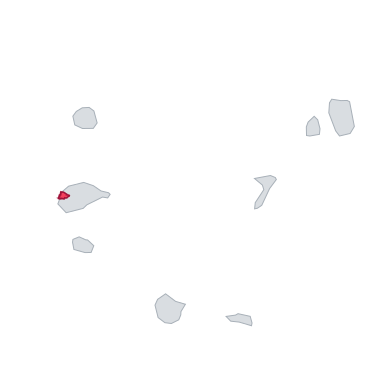 location of Santissimo Nome De Jesus, Ribeira Grande de Santiago, Cabo Verde, rotated 107°
{"feature_id": "66160863B56005242542710", "entity_name": "Santissimo Nome De Jesus", "entity_type": "district", "adm_level": 2, "iso_a3": "CPV", "parent_name": "Cabo Verde", "parent_adm1": "Ribeira Grande de Santiago", "projection": "robinson", "projection_center": [-23.597, 14.95], "detail": "fine", "context": "in_parent", "style": "filled", "palette": "rose", "viewbox_px": 384, "rotation_deg": 107, "n_neighbors": 0, "source": "geoboundaries", "source_scale": "gbopen_adm2", "svg_char_len": 3251}
<svg xmlns="http://www.w3.org/2000/svg" viewBox="0 0 384 384"><g transform="rotate(107 192 192)"><path d="M248.6,306.3L242.6,316.8L229.3,316.0L222.5,311.7L214.5,298.4L214.8,288.2L217.6,279.3L217.1,271.6L218.2,269.6L222.3,270.9L223.0,276.1L235.0,288.8L239.5,291.3L248.6,306.3ZM76.3,84.3L66.5,86.6L62.4,85.5L61.1,76.4L59.1,70.4L59.6,67.7L81.9,55.9L89.8,57.9L95.3,67.3L91.5,72.5L76.3,84.3ZM301.3,165.5L309.6,167.6L312.8,166.8L318.1,167.3L323.8,173.3L324.9,179.7L322.0,187.7L311.0,194.3L304.7,193.5L297.1,187.5L301.4,175.7L301.3,165.5ZM162.1,323.7L154.3,328.1L148.8,326.2L143.6,321.6L141.2,315.1L143.2,309.5L153.7,302.9L160.0,305.0L163.3,315.3L162.1,323.7ZM184.3,121.4L188.4,124.7L189.8,127.2L183.7,128.4L168.8,124.0L164.8,126.7L160.8,136.2L153.3,121.8L153.8,116.6L155.4,115.0L166.0,118.8L184.3,121.4ZM274.9,291.6L272.1,292.0L267.9,286.8L268.8,279.7L268.4,277.8L272.1,270.2L279.3,270.8L281.2,276.5L281.5,288.1L274.9,291.6ZM104.5,99.0L96.3,101.7L91.2,101.4L83.9,97.3L86.2,92.9L94.1,88.1L99.6,87.0L104.0,95.7L104.5,99.0ZM304.2,117.2L301.0,123.0L297.0,114.4L294.9,112.4L293.9,100.0L299.7,96.3L302.5,96.0L302.6,108.8L304.2,117.2Z" fill="#d9dde1" stroke="#a8b0b8" stroke-width="1"/><path d="M234.2,309.9L233.9,309.9L233.7,309.8L233.4,309.6L233.0,309.3L232.6,309.0L232.4,308.8L232.3,308.7L232.2,308.8L232.0,308.7L231.9,308.3L231.7,308.3L231.4,308.2L231.2,308.2L231.1,308.3L231.2,308.5L231.1,308.8L231.0,309.3L231.1,309.5L231.2,309.8L231.2,310.1L231.1,310.4L231.0,310.6L231.0,310.8L231.0,310.7L231.0,310.8L230.9,310.9L231.0,311.0L230.9,311.0L230.7,311.2L230.7,311.3L230.6,311.5L230.6,311.8L230.5,312.0L230.5,312.4L230.5,312.6L230.4,312.7L230.3,312.9L230.2,312.9L230.1,313.0L230.1,313.3L230.1,313.5L230.1,313.8L230.0,314.0L229.9,314.1L229.7,314.7L229.7,314.9L229.8,315.1L229.8,315.5L230.0,315.8L230.0,316.1L230.1,316.3L230.1,316.5L230.2,316.4L230.3,316.4L230.3,316.5L230.2,316.7L230.3,316.8L230.2,317.0L230.3,317.1L230.4,317.3L230.5,317.4L230.4,317.4L230.5,317.4L230.5,317.5L230.8,317.5L230.9,317.4L230.9,317.2L231.0,317.2L231.3,317.2L231.2,317.1L231.3,317.1L231.5,317.0L231.8,317.1L231.7,317.1L231.8,317.2L232.0,317.1L232.1,316.9L232.3,316.9L232.3,317.0L232.5,317.0L232.6,317.3L232.8,317.3L232.8,317.2L233.0,317.3L233.0,317.2L233.2,317.3L233.3,317.4L233.5,317.4L233.7,317.5L233.8,317.5L233.8,317.4L233.9,317.5L234.0,317.6L234.0,317.8L234.3,317.8L234.5,317.8L234.4,317.9L234.5,317.9L234.5,317.7L234.8,317.6L235.0,317.6L235.0,317.4L235.2,317.5L235.3,317.6L235.5,317.6L235.8,317.6L235.8,317.8L235.7,317.8L235.8,317.8L235.7,317.9L235.8,317.9L236.0,317.8L236.0,317.7L236.3,317.7L236.5,317.5L236.7,317.8L236.7,317.7L236.8,317.7L236.9,317.8L237.0,317.8L237.1,317.7L237.3,317.7L237.3,317.4L237.4,317.2L237.4,316.9L237.3,316.7L237.1,316.4L237.1,316.1L237.0,315.8L237.0,315.7L236.8,315.8L236.6,315.9L236.3,315.7L236.3,315.4L236.3,315.2L236.2,315.0L236.2,314.9L236.3,314.7L236.3,314.4L236.2,314.3L236.1,314.1L236.3,313.9L236.3,313.6L236.3,313.4L236.2,313.4L236.2,313.1L236.0,312.9L236.0,312.7L235.7,312.7L235.4,312.4L235.2,312.3L235.1,312.2L234.9,312.1L235.0,312.0L234.9,312.0L234.9,311.9L234.8,311.7L234.7,311.5L234.7,311.4L234.8,311.4L234.7,311.2L234.4,310.8L234.4,310.7L234.4,310.4L234.4,310.2L234.2,309.9Z" fill="#f43f5e" stroke="#9f1239" stroke-width="1.5"/></g></svg>